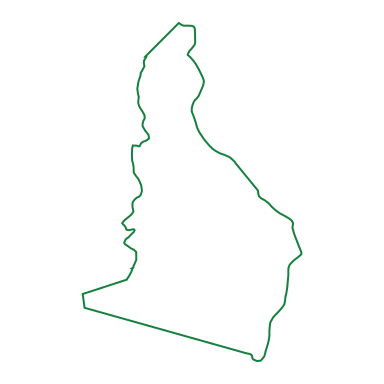 Daban, Choiseul, Saint Lucia
{"feature_id": "8701671B91948443212485", "entity_name": "Daban", "entity_type": "district", "adm_level": 2, "iso_a3": "LCA", "parent_name": "Saint Lucia", "parent_adm1": "Choiseul", "projection": "mercator", "projection_center": [-61.005, 13.807], "detail": "fine", "context": "isolated", "style": "outline", "palette": "green", "viewbox_px": 384, "rotation_deg": 0, "n_neighbors": 0, "source": "geoboundaries", "source_scale": "gbopen_adm2", "svg_char_len": 2884}
<svg xmlns="http://www.w3.org/2000/svg" viewBox="0 0 384 384"><path d="M178.8,23.0L145.1,56.8L146.2,57.1L144.1,60.4L143.8,62.9L144.4,66.3L142.4,70.1L140.7,73.1L140.3,76.5L139.1,79.5L138.2,82.8L137.8,85.8L137.3,88.5L138.0,94.0L138.8,96.7L138.4,99.7L138.2,102.6L139.1,106.0L140.3,108.2L142.2,111.0L143.8,113.9L144.6,115.4L144.6,118.6L143.4,120.8L142.6,123.8L142.6,126.1L145.1,130.6L145.9,131.5L147.8,134.0L148.5,135.1L148.8,136.4L149.0,138.5L147.3,139.9L145.1,141.1L143.6,141.5L141.4,142.9L140.2,145.0L139.6,146.2L138.9,146.3L137.6,145.9L136.2,145.6L134.2,145.6L133.7,145.6L132.8,145.5L132.2,148.3L132.0,152.0L131.9,154.4L132.1,159.5L132.2,160.6L133.3,164.7L133.6,167.3L133.7,171.3L133.8,172.7L136.0,176.0L138.1,178.6L139.5,181.2L140.0,182.6L140.2,183.0L141.0,184.9L141.4,186.6L141.8,189.2L141.9,191.3L140.6,195.1L138.6,197.0L137.0,197.5L134.4,199.8L133.3,201.4L132.5,202.9L132.5,206.4L132.7,208.0L133.1,209.9L133.4,211.5L131.9,213.9L130.7,215.1L129.4,216.3L126.8,218.4L124.7,220.0L122.3,222.9L122.2,223.3L123.3,224.6L124.3,225.4L125.6,227.4L126.5,229.7L128.6,230.2L130.9,229.7L133.5,229.3L134.0,229.3L134.6,230.2L133.9,231.9L130.8,234.8L128.7,237.1L125.7,239.3L124.2,242.7L124.8,244.0L127.0,245.5L131.5,248.7L133.8,249.7L136.2,252.0L136.3,259.9L134.7,263.5L133.3,266.6L133.3,267.4L132.3,268.1L132.7,268.1L131.2,272.1L129.7,274.9L128.2,277.4L127.2,278.7L126.9,279.6L82.7,294.0L84.6,307.8L246.4,353.3L247.0,353.4L249.6,353.9L250.5,354.3L251.8,355.3L252.0,356.2L252.6,358.7L254.0,359.8L257.0,361.0L260.7,360.7L262.7,358.4L264.2,356.5L265.0,353.9L265.4,352.3L265.6,351.2L265.7,350.9L267.8,344.2L268.8,340.1L269.4,336.0L269.4,331.0L269.8,326.2L270.2,322.7L273.1,317.4L275.8,314.5L278.8,311.4L282.6,307.0L284.1,304.6L284.5,303.5L285.1,300.5L285.5,296.4L286.4,293.1L287.3,287.0L287.7,282.1L288.3,276.0L288.4,268.2L289.7,264.7L293.2,260.9L298.9,256.5L301.3,254.3L301.4,252.4L299.3,247.2L297.7,243.1L295.0,236.1L294.0,233.4L292.4,227.5L292.9,224.5L293.1,223.3L291.6,220.5L289.1,218.5L284.9,216.0L279.9,213.4L274.9,209.7L271.7,206.7L268.4,203.0L264.6,200.2L260.8,198.1L258.9,196.1L258.3,193.7L257.9,190.5L235.8,163.5L234.8,161.8L234.0,161.1L231.8,159.0L230.6,158.0L230.1,157.6L228.7,156.7L224.8,155.0L223.0,154.4L219.7,153.2L215.6,150.9L213.6,149.6L212.4,148.6L209.8,146.1L207.8,143.8L204.9,140.4L204.1,139.4L199.9,133.1L199.1,131.8L197.3,128.0L196.7,126.3L195.7,122.2L195.1,120.7L193.6,116.2L192.1,112.5L191.7,111.2L191.8,108.2L192.6,104.8L193.6,102.3L193.8,101.9L194.8,100.2L196.9,98.3L198.6,96.0L200.4,91.9L203.0,85.8L203.5,83.8L203.9,81.0L203.2,78.5L201.8,75.4L200.3,72.4L198.3,68.4L196.2,64.8L195.6,63.8L194.1,61.6L192.4,59.6L189.9,56.8L187.7,54.9L188.0,53.8L189.6,50.8L191.4,48.9L194.4,45.1L195.2,42.6L195.1,37.8L195.1,35.1L194.9,29.9L194.6,28.1L194.0,26.7L193.6,26.6L192.1,25.9L188.9,25.7L183.9,25.7L181.9,25.1L181.0,24.5L178.8,23.0Z" fill="none" stroke="#15803d" stroke-width="2"/></svg>